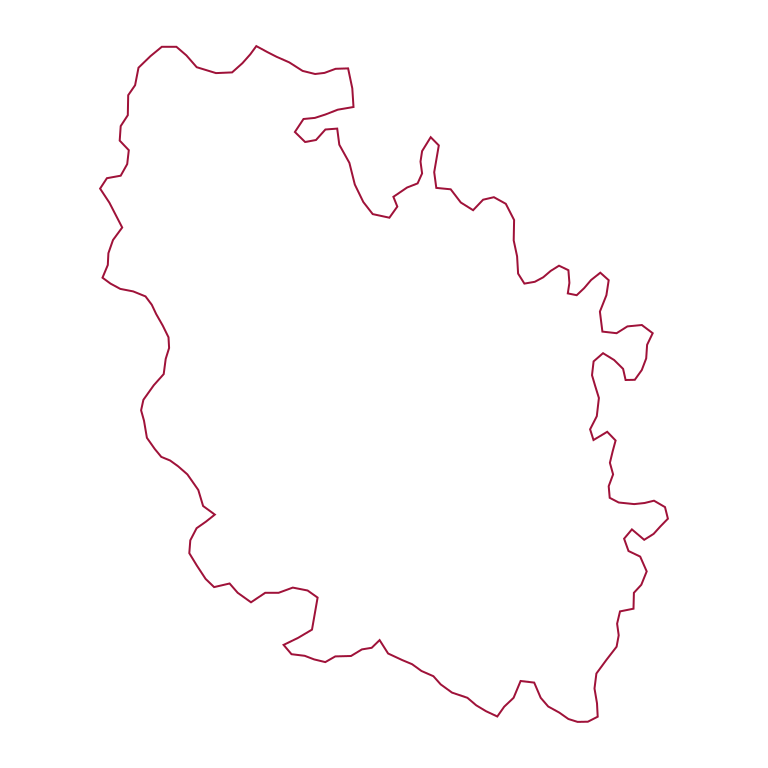 Lagoa Santa, Minas Gerais, Brazil (Natural Earth projection)
{"feature_id": "56859067B90713755743742", "entity_name": "Lagoa Santa", "entity_type": "district", "adm_level": 2, "iso_a3": "BRA", "parent_name": "Brazil", "parent_adm1": "Minas Gerais", "projection": "natural_earth1", "projection_center": [-43.878, -19.626], "detail": "fine", "context": "isolated", "style": "outline", "palette": "rose", "viewbox_px": 768, "rotation_deg": 0, "n_neighbors": 0, "source": "geoboundaries", "source_scale": "gbopen_adm2", "svg_char_len": 2685}
<svg xmlns="http://www.w3.org/2000/svg" viewBox="0 0 768 768"><path d="M189.3,553.2L196.8,565.5L205.6,578.9L214.1,587.1L229.6,583.5L237.7,592.8L251.0,602.3L265.2,592.8L278.6,592.8L292.8,587.6L307.6,590.5L317.6,597.6L312.0,629.6L298.2,637.8L283.6,644.9L291.5,654.2L304.7,655.8L314.1,659.4L325.3,662.1L335.3,656.4L351.0,656.0L361.9,649.4L371.7,647.8L379.6,640.1L388.1,653.5L402.3,660.1L412.1,664.2L421.5,671.0L433.4,676.2L440.7,684.4L452.0,692.6L467.4,697.8L476.2,705.3L486.0,711.2L497.3,716.5L504.2,706.7L513.6,697.8L520.6,681.0L534.2,682.6L540.7,697.8L548.2,706.5L559.3,712.6L568.4,719.0L577.6,721.9L587.9,721.7L597.7,716.7L597.0,703.3L594.5,688.5L596.4,673.5L606.4,659.9L616.6,646.7L618.7,635.3L617.1,623.7L620.0,611.4L633.5,608.7L633.9,592.8L641.3,584.8L646.7,571.4L640.2,556.6L628.5,551.0L624.1,538.7L631.9,529.4L644.2,539.8L653.6,533.9L660.4,526.4L667.9,518.7L665.0,507.1L654.0,500.7L644.6,503.0L634.2,504.1L618.7,502.5L609.7,497.8L608.7,486.2L613.1,474.4L609.9,462.8L612.7,451.2L615.6,440.5L607.2,431.8L593.5,440.0L590.1,429.3L596.8,416.2L598.9,398.0L595.1,385.7L592.0,375.2L593.6,361.4L603.0,353.2L614.1,360.0L623.1,368.9L625.6,380.0L634.8,379.8L641.8,370.0L646.2,358.4L647.1,344.8L652.7,333.2L641.8,325.0L627.4,326.4L616.6,333.2L602.4,331.6L599.9,311.6L606.4,295.2L608.7,280.2L600.3,272.7L591.1,280.0L584.1,288.2L576.7,295.2L567.8,293.4L569.4,282.9L568.4,270.2L559.0,265.7L550.7,270.9L543.2,277.3L534.8,281.8L524.4,283.6L518.1,273.6L517.1,256.4L513.7,240.4L514.1,220.0L505.8,203.8L493.9,197.2L483.1,199.7L473.1,210.2L460.8,202.5L450.7,189.3L436.3,187.9L434.2,172.2L438.8,145.4L430.7,137.2L422.1,151.1L420.5,161.6L422.1,173.4L417.6,183.4L407.1,187.5L393.4,196.8L397.3,206.6L389.4,217.7L372.7,214.1L363.3,202.0L354.8,184.5L349.4,162.9L339.3,144.7L337.2,128.6L325.4,129.5L316.0,140.0L305.1,142.0L294.9,132.0L303.5,119.0L314.9,117.9L325.4,114.5L337.7,109.7L353.5,107.0L352.3,88.4L348.1,68.4L335.6,68.8L324.5,72.9L315.1,74.0L302.6,70.9L289.3,62.4L276.6,56.8L267.2,52.0L256.3,46.1L250.3,54.3L242.5,63.1L232.1,72.4L216.0,73.1L196.7,67.2L186.4,55.4L176.4,46.8L161.8,46.8L150.5,56.1L138.5,67.7L135.1,85.2L128.2,95.2L127.8,115.2L120.7,126.1L119.7,140.6L128.8,150.2L127.2,164.1L120.7,175.7L106.9,178.2L100.1,188.6L109.4,202.7L116.3,216.1L122.2,227.5L113.0,240.0L108.4,253.2L107.8,265.0L102.5,277.7L110.5,283.6L120.3,288.9L133.2,291.4L145.5,296.4L151.8,304.8L156.2,314.1L162.8,325.7L168.5,337.3L169.1,348.0L165.7,358.9L163.7,374.1L153.8,385.2L143.4,399.8L141.1,410.3L144.0,420.7L146.9,437.8L154.7,448.9L161.3,456.9L170.1,460.5L178.0,466.2L187.4,474.4L198.3,490.0L203.1,506.0L214.8,514.6L206.0,521.6L196.6,528.2L190.3,540.3L189.3,553.2Z" fill="none" stroke="#9f1239" stroke-width="2"/></svg>